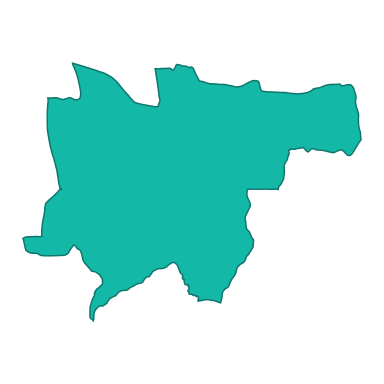 outline of Masasi Township Authority, Mtwara, United Republic of Tanzania
{"feature_id": "72390352B27431607141265", "entity_name": "Masasi Township Authority", "entity_type": "district", "adm_level": 2, "iso_a3": "TZA", "parent_name": "United Republic of Tanzania", "parent_adm1": "Mtwara", "projection": "equal_earth", "projection_center": [38.869, -10.751], "detail": "fine", "context": "isolated", "style": "filled", "palette": "teal", "viewbox_px": 384, "rotation_deg": 0, "n_neighbors": 0, "source": "geoboundaries", "source_scale": "gbopen_adm2", "svg_char_len": 5842}
<svg xmlns="http://www.w3.org/2000/svg" viewBox="0 0 384 384"><path d="M361.0,139.9L360.4,133.8L360.4,132.3L359.4,129.4L359.0,127.1L358.8,126.7L358.6,124.6L358.4,119.7L358.6,114.9L358.3,112.8L356.3,106.9L355.4,102.0L355.6,99.9L356.0,98.5L356.0,96.6L355.7,94.9L354.4,91.1L353.7,88.5L352.3,86.2L351.5,85.7L350.9,84.9L350.0,84.6L347.2,84.8L343.1,85.8L342.2,85.8L341.5,85.5L340.1,84.3L339.5,84.0L337.4,84.3L332.6,84.4L330.7,84.4L327.6,84.9L325.9,85.3L323.6,86.1L320.0,87.7L316.5,88.2L313.2,89.0L311.8,90.5L308.3,92.3L303.2,93.4L297.7,93.9L288.6,93.1L285.2,92.5L281.6,92.5L274.5,92.1L266.8,91.8L262.2,91.1L261.5,90.9L260.7,89.0L258.7,81.7L257.2,80.9L256.3,80.7L255.1,80.6L252.8,80.7L251.1,81.3L247.1,83.2L244.2,84.9L242.4,85.8L239.3,86.7L236.2,87.0L234.5,86.7L231.7,85.8L228.9,85.4L226.2,84.7L222.2,84.3L220.2,84.5L217.4,84.1L209.7,83.7L207.3,83.1L203.5,81.8L201.1,81.2L200.2,81.3L199.5,80.9L199.2,80.6L197.3,76.9L196.1,74.9L193.3,68.5L192.3,67.4L191.4,67.0L190.4,67.1L189.9,67.6L188.7,67.6L187.8,67.0L186.5,66.3L185.3,66.1L183.1,66.1L180.0,65.0L176.9,64.5L176.4,64.8L175.0,67.7L173.1,70.3L172.4,70.4L171.4,69.0L170.8,68.6L170.0,68.3L169.1,68.2L165.4,68.5L161.4,68.5L158.3,68.9L156.8,68.7L155.2,68.7L157.7,85.2L158.8,93.5L159.4,97.6L160.0,100.5L159.6,101.8L158.9,103.3L158.0,106.6L155.9,106.9L142.5,104.5L137.6,103.3L134.9,102.5L133.6,101.5L132.6,100.3L130.8,98.5L127.7,94.6L126.0,92.9L120.8,86.8L119.2,84.6L116.7,81.7L113.1,78.4L110.4,76.5L106.6,74.3L104.6,73.3L100.4,71.9L99.1,71.6L97.6,70.9L90.5,68.6L88.0,67.9L84.2,66.6L72.6,63.2L72.9,64.8L73.4,66.0L74.0,67.1L76.3,73.0L77.1,75.5L78.1,79.1L78.7,82.0L79.6,85.8L80.7,92.4L80.7,94.9L80.3,97.1L79.5,98.8L78.1,99.5L76.1,99.9L75.0,99.8L70.8,97.9L68.9,97.6L68.1,98.1L63.2,99.5L62.0,99.5L59.3,98.5L57.5,98.0L55.9,97.7L51.0,98.0L47.9,97.9L48.1,100.3L48.1,102.1L47.8,103.5L47.5,108.2L47.3,112.5L47.2,115.8L47.4,129.3L48.0,133.6L49.2,140.8L50.4,146.8L52.6,155.1L53.3,156.9L53.9,158.7L56.2,167.9L56.8,169.8L58.4,180.1L58.6,182.0L59.3,185.1L59.9,187.9L61.1,188.6L61.4,189.3L59.7,189.5L58.1,191.6L53.5,196.2L49.6,199.5L45.9,203.1L45.4,204.9L45.2,206.0L44.9,207.7L44.7,210.8L44.2,214.3L42.9,220.4L42.4,224.1L41.7,230.7L41.7,235.1L41.8,235.9L42.0,236.4L39.5,236.7L36.7,236.5L26.7,236.9L25.2,237.2L24.0,237.8L23.0,238.4L23.5,240.0L25.1,247.3L25.9,250.3L28.0,251.9L29.3,252.5L31.1,253.1L33.0,253.3L35.3,253.2L37.2,253.5L40.5,255.3L41.1,255.5L45.1,255.8L51.6,255.8L62.7,255.4L65.4,255.0L68.0,253.5L70.3,249.5L71.9,247.4L73.2,245.4L74.1,245.1L75.1,245.6L76.3,247.1L77.3,248.7L78.5,249.2L80.4,250.6L81.8,254.3L82.3,257.0L83.0,259.9L83.5,260.8L83.5,261.2L85.0,263.4L87.7,266.5L88.8,267.6L91.7,271.2L95.2,271.8L96.5,272.5L97.9,273.6L99.7,274.7L100.2,275.8L101.7,277.9L102.5,279.3L102.4,281.8L102.6,283.3L102.2,284.4L100.0,286.3L98.9,287.6L96.7,289.2L94.7,292.2L94.5,293.6L94.5,295.3L93.8,296.7L92.6,298.7L90.7,304.8L90.1,307.4L89.9,315.1L90.0,317.0L90.4,318.1L91.1,318.8L91.8,319.1L93.3,320.8L93.9,318.5L93.7,315.5L94.6,311.3L96.4,308.8L98.4,306.6L101.0,305.7L102.5,306.1L103.9,305.4L105.1,304.2L106.6,303.7L107.5,301.8L109.6,298.8L113.3,296.6L115.8,295.6L117.3,293.6L119.0,291.9L121.1,290.8L123.9,290.3L126.6,290.3L128.0,289.6L129.6,288.0L131.7,286.8L133.7,286.0L136.3,284.2L142.0,282.7L142.9,281.7L144.7,278.9L145.9,277.6L147.5,276.8L149.6,276.5L150.2,275.0L151.5,273.6L152.4,271.9L154.5,270.4L156.7,269.5L157.8,268.7L161.2,268.6L163.5,268.3L166.6,266.9L167.3,266.0L170.4,263.6L172.9,262.3L174.2,262.5L175.6,263.4L177.1,264.8L178.0,266.6L180.1,272.5L181.0,273.6L182.1,274.3L182.4,274.9L182.4,275.3L182.9,276.5L182.5,277.1L182.4,278.5L182.9,279.1L184.0,279.3L184.4,279.5L184.1,280.1L184.2,281.9L184.6,282.6L184.8,283.5L185.1,284.5L185.4,284.8L187.0,284.7L187.6,284.7L187.7,284.9L188.3,285.0L188.0,285.6L188.1,286.4L188.8,286.9L189.0,288.3L188.8,289.2L187.9,290.5L187.9,291.2L188.9,292.3L189.1,293.0L189.1,293.8L189.4,294.2L191.3,294.1L192.1,294.3L193.1,295.3L193.3,295.4L193.5,294.9L193.9,294.8L194.2,294.9L194.3,295.4L194.5,295.5L195.3,295.5L196.4,296.6L196.7,296.6L196.9,296.0L197.5,296.0L198.3,296.7L198.3,297.2L198.4,297.6L198.3,298.5L198.5,299.0L198.5,299.6L198.1,299.7L198.1,301.1L199.6,300.9L200.9,300.6L204.2,300.0L206.1,299.7L207.9,299.6L214.4,300.7L220.5,302.9L221.4,299.9L221.8,298.3L222.0,297.1L222.2,293.9L222.5,292.7L223.2,291.2L225.3,288.6L226.9,288.0L227.9,287.2L228.5,286.4L230.4,282.0L231.5,279.7L232.5,278.1L234.2,276.0L235.3,274.1L236.0,272.6L236.1,271.7L236.9,268.4L237.2,267.5L237.6,266.9L240.5,264.2L241.3,263.7L242.6,263.1L243.6,262.4L244.4,261.4L245.3,260.0L245.8,258.8L245.8,257.8L246.4,256.6L248.5,254.5L249.9,252.0L250.9,250.9L251.7,249.3L252.9,247.3L253.1,246.7L253.3,245.3L253.2,243.8L253.5,241.2L253.4,240.9L253.6,240.6L253.6,240.0L253.4,239.5L253.1,239.1L252.6,238.9L251.6,237.5L250.5,234.4L250.2,233.9L249.3,231.7L247.2,229.7L246.7,228.9L246.2,227.0L245.9,225.2L245.8,223.0L245.6,221.3L245.1,218.6L245.2,217.1L245.6,215.9L247.8,211.4L250.1,206.5L250.3,205.5L250.3,204.6L249.7,201.8L249.1,201.1L248.1,198.7L247.4,197.2L246.9,195.1L247.0,191.8L247.6,189.3L251.6,189.2L264.0,189.2L266.2,189.0L267.9,189.3L275.0,189.2L277.1,189.3L278.2,189.6L278.4,188.7L278.4,187.3L278.7,186.7L280.0,185.5L280.7,184.5L282.0,182.3L282.4,181.2L283.6,179.2L283.6,178.5L284.1,174.4L284.2,172.7L284.5,171.3L284.0,165.5L285.4,162.6L287.3,159.6L287.7,157.3L288.6,155.3L289.2,153.3L288.4,150.7L289.8,150.2L290.4,148.7L291.2,148.6L291.9,149.3L295.0,149.2L297.2,148.6L298.8,148.3L300.0,148.2L302.7,147.6L303.6,147.9L304.5,148.8L306.2,150.8L307.5,151.7L308.2,151.9L309.0,151.3L310.7,149.3L312.3,148.7L313.5,148.6L315.6,149.6L316.9,149.9L323.1,150.4L331.7,152.5L333.2,152.7L334.5,152.3L339.3,150.2L340.9,149.9L341.7,150.0L343.3,150.9L347.1,154.9L348.4,155.6L349.9,155.4L351.0,154.8L352.0,153.9L354.2,150.5L355.2,148.5L356.5,146.6L359.5,141.7L361.0,139.9Z" fill="#14b8a6" stroke="#0f766e" stroke-width="1.5"/></svg>